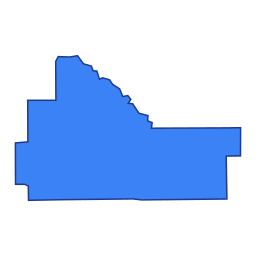 the district of Wilcox, Alabama, United States of America
{"feature_id": "52423323B73777550823735", "entity_name": "Wilcox", "entity_type": "district", "adm_level": 2, "iso_a3": "USA", "parent_name": "United States of America", "parent_adm1": "Alabama", "projection": "albers", "projection_center": [-87.327, 32.048], "detail": "fine", "context": "isolated", "style": "filled", "palette": "blue", "viewbox_px": 256, "rotation_deg": 0, "n_neighbors": 0, "source": "geoboundaries", "source_scale": "gbopen_adm2", "svg_char_len": 589}
<svg xmlns="http://www.w3.org/2000/svg" viewBox="0 0 256 256"><path d="M226.9,199.0L226.2,156.1L240.5,155.9L240.6,127.7L226.7,127.9L151.5,128.2L152.1,122.6L147.6,120.8L148.0,115.6L138.9,113.2L132.7,103.8L128.3,103.3L130.8,99.3L127.8,95.6L122.8,96.5L119.6,88.8L112.6,84.4L109.6,79.8L102.7,77.8L99.4,79.2L96.9,71.1L93.0,70.7L91.4,66.1L83.5,63.8L77.5,55.7L69.8,57.0L58.2,56.6L55.7,61.5L55.9,100.3L27.7,100.3L27.9,141.9L15.4,142.9L15.4,146.5L15.5,184.3L24.9,184.3L28.3,186.1L28.5,200.3L61.7,199.7L133.0,198.9L141.5,199.9L226.9,199.0Z" fill="#3b82f6" stroke="#1e3a8a" stroke-width="1.5"/></svg>